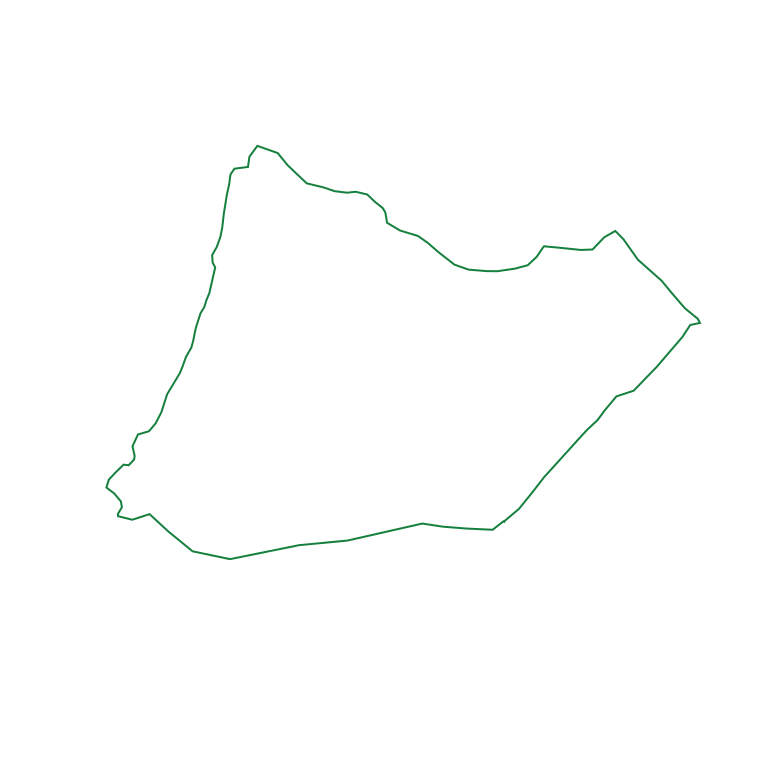 outline of Pyla, Larnaca, Cyprus, rotated 121°
{"feature_id": "46923920B48961032543563", "entity_name": "Pyla", "entity_type": "district", "adm_level": 2, "iso_a3": "CYP", "parent_name": "Cyprus", "parent_adm1": "Larnaca", "projection": "albers", "projection_center": [33.691, 35.003], "detail": "fine", "context": "isolated", "style": "outline", "palette": "green", "viewbox_px": 768, "rotation_deg": 121, "n_neighbors": 0, "source": "geoboundaries", "source_scale": "gbopen_adm2", "svg_char_len": 1570}
<svg xmlns="http://www.w3.org/2000/svg" viewBox="0 0 768 768"><g transform="rotate(121 384 384)"><path d="M133.7,264.6L144.8,270.8L161.3,274.5L167.7,284.3L175.9,301.8L183.5,317.7L185.1,318.0L196.3,318.6L208.2,322.0L217.7,331.2L229.0,345.0L234.4,354.2L242.4,370.4L245.4,385.1L243.0,404.7L240.5,419.1L239.6,431.0L244.2,449.4L244.2,464.4L236.3,471.2L233.8,475.8L232.6,485.3L230.2,496.0L233.8,507.3L239.0,514.1L244.2,525.7L246.6,537.0L251.8,553.6L248.1,570.4L246.0,579.6L240.8,594.0L245.1,615.2L258.5,616.4L268.0,612.4L276.5,623.1L281.9,623.4L283.5,623.5L292.7,619.5L302.1,616.4L320.8,608.9L333.7,603.0L342.6,599.9L353.0,597.9L362.0,597.7L368.2,593.4L371.1,588.7L388.5,583.0L396.1,580.5L404.1,579.3L410.4,577.7L417.8,577.7L425.2,576.0L432.0,574.4L438.1,572.4L444.9,569.9L452.0,567.9L462.7,567.7L473.2,565.6L479.5,564.6L490.0,564.6L504.5,564.6L522.8,560.3L535.3,559.5L545.5,561.1L554.0,568.9L566.9,567.5L574.2,560.6L577.5,559.3L585.1,561.0L587.3,565.7L598.4,568.6L607.7,570.6L615.7,568.6L616.8,558.8L620.2,549.0L624.6,545.2L632.2,545.2L633.5,544.4L634.3,543.9L630.0,529.9L616.3,517.9L621.5,492.8L626.0,461.9L613.5,425.9L565.9,373.8L537.0,334.7L483.9,279.3L475.9,259.9L465.5,239.0L453.0,215.8L440.2,210.9L440.2,210.1L439.7,210.2L421.5,204.0L409.5,202.3L399.3,200.9L381.5,198.8L340.0,190.6L332.2,189.1L318.6,186.3L305.0,182.4L292.7,181.2L274.9,178.4L261.1,166.5L244.5,162.7L228.7,159.0L208.4,155.6L189.8,152.4L175.7,151.9L168.9,144.6L166.5,148.7L164.1,165.2L157.4,185.4L152.5,199.2L146.7,230.3L136.6,253.3L133.7,264.6Z" fill="none" stroke="#15803d" stroke-width="2"/></g></svg>